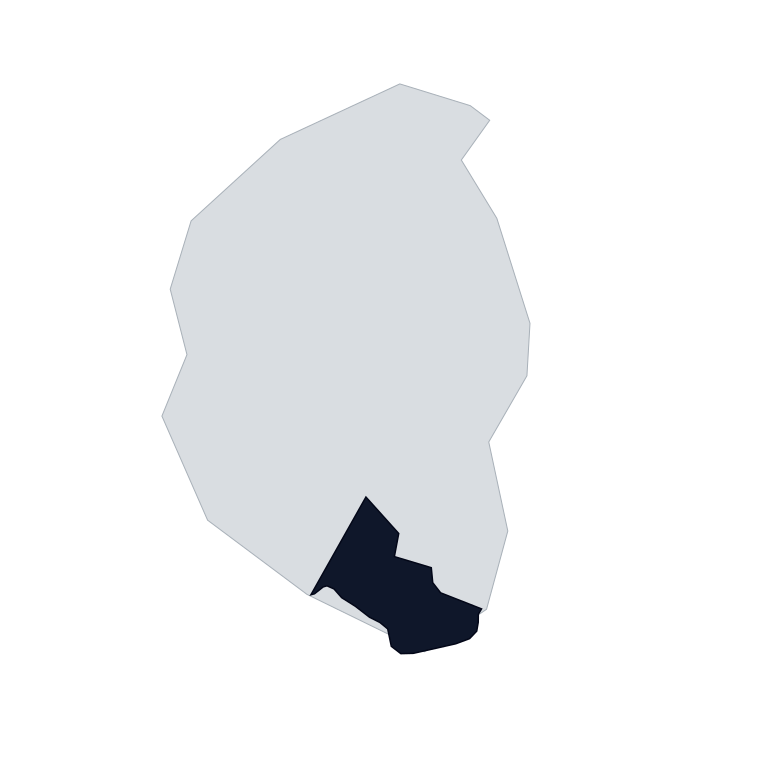 location of Rivière du Rempart within Mauritius, rotated 151°
{"feature_id": "MUS-5192", "entity_name": "Rivière du Rempart", "entity_type": "District", "adm_level": 1, "iso_a3": "MUS", "parent_name": "Mauritius", "parent_adm1": "", "projection": "mercator", "projection_center": [57.653, -20.067], "detail": "fine", "context": "in_parent", "style": "filled", "palette": "ink", "viewbox_px": 768, "rotation_deg": 151, "n_neighbors": 0, "source": "natural_earth", "source_scale": "10m", "svg_char_len": 773}
<svg xmlns="http://www.w3.org/2000/svg" viewBox="0 0 768 768"><g transform="rotate(151 384 384)"><path d="M473.6,620.2L356.1,648.2L224.7,638.8L173.6,585.6L163.7,563.4L207.8,542.4L205.0,474.2L226.9,366.3L255.0,321.9L320.5,282.5L347.0,195.4L403.5,137.3L478.5,130.2L553.4,237.4L604.3,350.4L593.8,463.6L542.1,505.2L525.0,570.6L473.6,620.2Z" fill="#d9dde1" stroke="#a8b0b8" stroke-width="1"/><path d="M407.7,140.0L413.1,136.9L417.1,129.9L422.7,122.9L432.6,119.8L447.2,122.0L488.9,134.2L500.0,140.0L504.8,151.0L499.5,168.0L503.2,177.4L509.7,186.9L516.8,203.4L524.6,217.6L527.1,229.0L531.7,235.1L535.5,236.0L546.5,234.2L550.1,235.1L454.6,293.9L443.6,246.1L458.6,228.0L431.7,200.4L437.7,186.6L435.7,173.9L407.7,140.0Z" fill="#0f172a" stroke="#020617" stroke-width="1.5"/></g></svg>